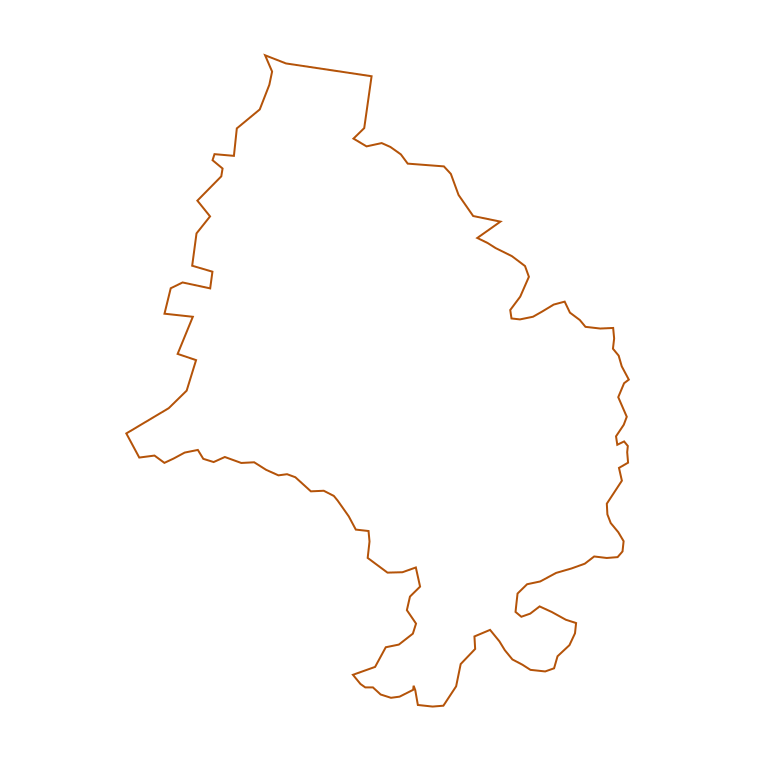 Koshrabad, Samarkand, Uzbekistan, rotated 5°
{"feature_id": "79887680B475609361313", "entity_name": "Koshrabad", "entity_type": "district", "adm_level": 2, "iso_a3": "UZB", "parent_name": "Uzbekistan", "parent_adm1": "Samarkand", "projection": "natural_earth1", "projection_center": [66.556, 40.341], "detail": "fine", "context": "isolated", "style": "outline", "palette": "amber", "viewbox_px": 768, "rotation_deg": 5, "n_neighbors": 0, "source": "geoboundaries", "source_scale": "gbopen_adm2", "svg_char_len": 2115}
<svg xmlns="http://www.w3.org/2000/svg" viewBox="0 0 768 768"><g transform="rotate(5 384 384)"><path d="M146.6,478.6L161.6,475.3L172.1,481.7L180.9,476.6L191.4,469.7L204.3,465.9L210.5,474.3L221.1,476.6L231.8,470.6L248.7,475.1L261.5,473.3L274.1,479.8L286.8,484.2L295.3,482.3L303.8,484.6L320.5,497.3L333.3,495.6L343.8,499.9L348.0,504.2L360.4,518.9L368.6,531.5L381.4,531.8L383.3,542.2L382.9,558.7L403.9,571.6L418.8,569.9L431.7,564.0L437.6,582.7L428.4,593.5L426.5,607.3L436.8,619.9L434.5,630.2L421.5,642.3L408.7,646.1L399.8,666.6L386.9,672.5L378.4,676.4L386.7,684.9L391.8,687.9L399.4,687.2L407.7,693.6L418.3,696.0L426.8,694.1L439.7,686.1L439.8,682.0L441.8,686.2L445.7,700.8L460.5,701.1L471.2,699.3L482.2,678.9L484.8,656.3L497.9,640.0L496.1,627.6L511.1,619.7L521.4,630.3L527.6,638.7L535.9,647.2L546.4,651.6L554.8,656.0L569.6,656.3L578.2,652.4L580.6,640.1L591.5,628.0L596.0,615.7L596.2,605.4L585.7,603.0L571.0,596.5L558.4,592.0L549.7,600.0L541.1,603.9L534.9,599.6L535.0,593.5L535.3,581.1L544.0,571.0L556.8,567.1L571.9,557.2L586.9,551.4L599.7,545.5L608.4,537.5L621.1,537.9L631.8,536.1L636.2,530.0L636.4,519.7L630.3,511.2L622.0,502.8L617.9,494.4L616.4,483.8L629.4,459.6L625.4,447.1L634.0,441.1L632.2,430.7L632.3,424.5L628.2,420.3L621.7,424.2L619.7,415.9L626.4,403.7L628.7,395.5L618.5,376.7L623.1,362.3L627.5,358.3L619.3,345.7L615.3,335.3L609.0,328.9L609.3,318.6L607.4,308.2L594.6,309.9L579.7,309.5L573.5,303.2L563.0,296.7L556.8,286.2L546.1,290.1L535.3,298.0L526.6,304.0L513.8,307.8L505.3,307.6L503.3,299.3L512.1,285.1L519.0,264.6L514.2,254.2L500.3,245.5L483.4,238.9L474.9,234.5L464.2,230.4L485.8,212.1L458.2,208.9L441.8,189.2L432.3,168.9L424.7,162.0L388.4,162.4L380.8,153.8L369.7,147.3L360.7,144.2L345.9,148.8L332.2,142.2L342.0,130.8L344.8,78.5L258.4,73.2L236.9,66.9L245.3,82.5L243.7,95.9L236.3,121.3L215.1,142.2L214.6,169.8L195.1,169.8L193.7,176.0L204.4,183.4L203.8,191.3L182.1,217.6L196.1,232.2L184.1,250.3L182.6,282.9L203.3,287.1L202.5,303.9L174.5,300.4L163.2,307.2L159.2,333.1L187.7,333.7L175.8,372.0L194.7,376.6L188.0,407.8L171.7,426.8L131.6,455.7L146.6,478.6Z" fill="none" stroke="#b45309" stroke-width="2"/></g></svg>